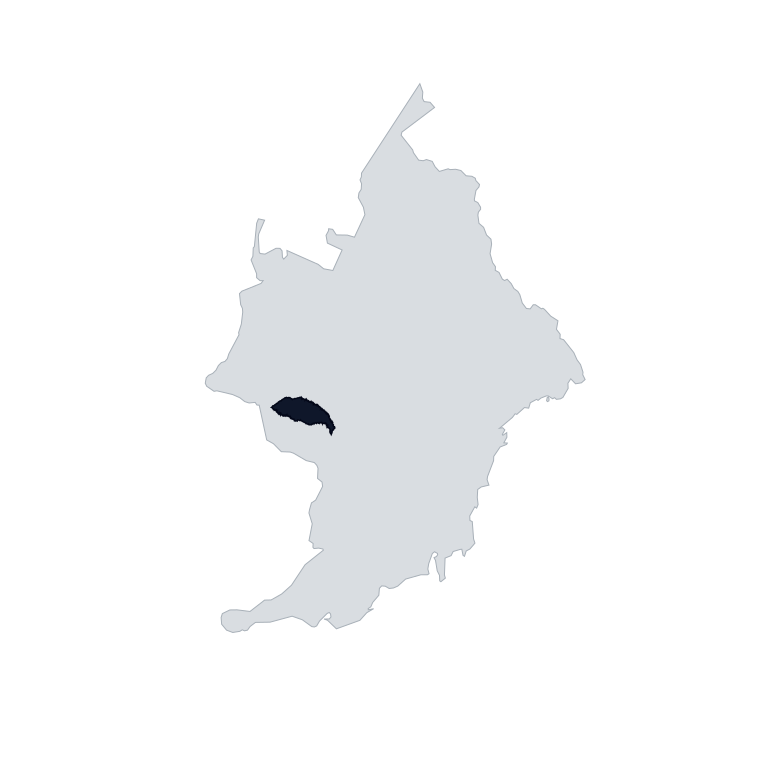 Paz De Ariporo, Casanare, Colombia (highlighted), rotated 204°
{"feature_id": "7082276B32488030547396", "entity_name": "Paz De Ariporo", "entity_type": "district", "adm_level": 2, "iso_a3": "COL", "parent_name": "Colombia", "parent_adm1": "Casanare", "projection": "natural_earth1", "projection_center": [-71.123, 5.772], "detail": "fine", "context": "in_parent", "style": "filled", "palette": "ink", "viewbox_px": 768, "rotation_deg": 204, "n_neighbors": 0, "source": "geoboundaries", "source_scale": "gbopen_adm2", "svg_char_len": 9434}
<svg xmlns="http://www.w3.org/2000/svg" viewBox="0 0 768 768"><g transform="rotate(204 384 384)"><path d="M432.9,114.9L426.4,117.9L413.9,121.7L405.2,138.0L399.3,140.8L392.1,150.5L386.7,162.5L382.6,186.8L371.8,207.5L372.7,208.4L377.0,207.5L381.0,205.2L382.5,205.9L383.9,209.5L388.8,210.4L392.7,227.1L400.1,235.6L400.9,238.9L401.9,245.9L399.2,250.1L398.4,265.4L400.7,269.2L406.3,270.7L410.0,280.2L412.3,282.4L415.7,283.9L423.9,282.4L438.6,284.0L442.0,283.7L450.3,280.4L460.7,284.5L468.4,285.2L489.4,313.9L491.5,313.1L494.2,314.8L499.5,311.8L504.1,311.3L510.1,312.8L518.0,312.8L533.9,309.8L536.3,308.2L545.0,309.8L547.6,312.0L548.9,317.3L547.8,320.6L544.8,324.0L543.1,328.3L542.8,333.5L541.3,337.4L538.5,339.9L537.4,343.5L538.0,348.3L536.5,370.0L537.7,371.8L538.7,380.7L542.3,392.2L544.1,395.5L547.2,398.2L552.8,407.8L551.6,411.0L537.2,425.9L536.5,429.3L539.2,428.0L543.6,429.3L545.2,432.9L555.9,443.3L555.7,447.3L558.8,455.1L558.3,456.8L565.7,479.1L565.9,483.8L559.7,485.1L559.5,470.2L558.6,467.1L551.7,453.9L550.2,452.8L545.5,454.3L537.8,464.1L534.2,465.6L531.3,464.2L528.3,458.4L526.4,457.3L524.6,462.2L527.0,466.5L492.7,466.5L486.0,464.7L476.9,466.9L476.8,489.4L493.0,489.7L497.4,496.2L497.0,501.4L497.7,503.3L493.8,504.4L488.2,500.8L478.1,505.1L470.7,506.1L470.3,530.9L474.7,537.1L483.3,543.8L484.6,548.3L484.0,552.6L486.0,557.9L488.9,560.7L488.9,564.0L490.3,567.5L473.4,672.9L467.3,666.5L465.2,660.7L462.2,658.3L456.5,660.1L450.3,657.2L470.1,621.4L469.5,618.2L453.0,609.5L451.2,607.3L443.4,602.6L439.0,603.9L436.5,606.3L430.5,607.0L425.7,603.2L419.9,600.7L412.9,606.7L410.9,606.7L405.9,609.3L400.6,610.3L393.7,607.6L388.2,609.5L384.3,609.1L382.8,607.2L377.9,605.1L377.4,602.6L378.7,598.2L376.6,589.5L375.8,588.1L372.1,587.9L367.7,584.8L366.8,582.9L367.7,579.4L366.9,576.4L362.6,569.4L356.7,567.6L350.9,561.8L345.2,559.8L342.6,555.6L340.1,546.2L334.1,539.0L329.9,536.5L328.6,533.1L324.3,532.7L318.5,527.9L315.9,527.6L314.1,529.8L308.7,527.5L304.1,524.0L299.4,523.0L296.3,520.9L290.6,514.2L284.6,510.9L281.0,512.1L279.9,517.1L277.9,518.0L270.8,516.7L269.7,517.8L267.8,517.5L259.3,513.8L250.8,512.5L248.7,504.1L243.3,501.1L241.7,497.1L237.9,497.5L223.4,489.9L217.5,484.6L212.4,481.7L207.0,475.7L206.2,473.3L202.1,469.9L204.1,465.4L209.1,462.1L215.5,464.7L216.3,459.5L214.0,454.9L215.1,444.5L216.8,442.2L220.3,440.1L222.6,440.9L224.0,439.1L229.2,439.9L230.8,439.2L234.9,435.0L236.6,431.7L238.4,432.0L242.7,426.4L242.0,420.8L246.1,419.6L250.3,410.3L252.1,410.1L253.1,405.7L260.5,390.5L257.8,392.3L254.9,391.2L255.4,386.1L254.5,385.5L252.1,389.5L250.1,385.4L250.6,379.0L247.3,380.2L247.4,378.7L252.3,373.7L254.3,362.5L252.7,358.5L251.8,341.7L250.9,338.5L247.0,334.3L253.3,329.5L255.5,325.8L252.7,318.4L249.0,312.1L248.9,308.3L251.1,308.7L252.0,298.3L250.0,294.3L247.4,294.2L239.1,278.8L236.2,275.6L238.4,268.2L241.0,264.9L240.4,259.3L242.1,259.6L245.7,264.7L247.1,263.9L252.7,259.1L252.9,254.5L257.4,249.8L251.1,234.1L249.0,231.6L251.6,226.5L253.0,226.8L255.5,231.8L259.4,235.0L265.2,243.8L267.7,245.7L265.9,247.7L265.5,249.8L266.3,251.0L269.6,251.3L270.9,248.8L270.1,238.1L268.7,232.8L265.7,229.0L266.7,227.4L272.6,224.8L284.9,214.6L289.2,205.0L292.4,201.5L296.1,199.3L300.6,199.8L304.0,198.6L305.1,195.5L302.8,188.9L305.5,179.8L305.4,175.1L307.1,172.4L306.5,171.3L302.1,174.5L306.7,168.1L309.9,158.3L327.9,141.0L339.5,145.2L343.2,144.9L338.4,147.1L337.7,149.6L339.3,152.2L341.1,153.0L342.6,151.3L346.5,141.2L347.1,135.6L348.8,133.7L351.3,133.0L362.7,135.4L373.5,134.5L391.2,120.1L404.5,113.9L407.7,108.0L408.6,103.6L411.0,101.8L413.5,101.8L415.1,99.4L421.1,95.5L427.7,95.1L434.6,98.5L437.8,104.4L438.3,108.5L432.9,114.9ZM229.4,438.1L228.6,438.8L227.1,437.5L226.5,435.7L227.5,434.4L228.7,434.9L229.4,438.1Z" fill="#d9dde1" stroke="#a8b0b8" stroke-width="1"/><path d="M475.5,316.3L475.2,316.4L474.9,316.1L475.0,316.0L474.9,316.1L474.9,316.3L474.8,316.1L474.5,316.3L474.1,315.9L474.1,316.2L473.9,316.2L473.8,316.3L473.9,316.1L473.6,316.2L473.4,315.9L473.1,316.0L473.0,315.7L472.8,315.7L472.6,316.1L472.3,316.0L472.1,316.3L472.0,316.1L471.8,316.3L471.8,316.0L471.5,315.5L471.1,315.6L470.9,315.2L470.7,315.5L470.7,315.2L470.4,315.2L470.2,314.8L469.8,314.7L469.9,315.0L469.7,315.0L469.3,314.7L469.5,314.5L469.1,314.3L468.9,314.2L468.9,314.5L468.8,314.3L468.6,314.5L468.5,314.3L468.5,314.6L468.4,314.7L468.5,314.5L468.3,314.4L468.2,314.8L468.1,314.6L467.8,314.8L467.9,314.6L467.7,314.6L467.8,314.5L467.5,314.2L467.3,314.3L467.3,314.1L467.1,314.3L466.9,314.1L466.8,314.4L466.7,314.2L466.3,314.4L466.4,314.1L466.2,314.1L466.2,314.3L466.0,314.0L466.0,314.3L465.8,314.1L465.7,314.5L465.1,314.6L464.4,314.5L464.4,314.3L464.0,314.5L463.8,314.2L463.5,314.6L463.3,314.6L463.2,314.2L463.1,314.3L462.9,314.2L463.1,314.1L462.5,313.9L462.2,314.2L462.2,314.7L461.6,314.6L461.8,315.0L461.4,315.0L461.2,315.1L461.2,315.4L460.6,315.2L460.7,315.7L460.6,315.8L460.3,315.7L460.3,315.9L460.1,315.9L460.1,316.1L459.9,315.8L459.4,316.0L459.4,315.7L459.0,315.5L458.8,315.8L457.7,315.6L457.6,315.9L457.3,315.9L457.2,315.7L457.0,315.8L456.9,315.7L456.7,315.8L456.4,315.7L456.3,316.0L455.9,315.4L455.6,315.4L455.7,315.1L455.4,315.1L455.5,314.9L455.1,314.7L455.0,314.9L455.0,314.6L454.7,314.5L454.3,314.6L454.2,314.9L453.8,314.8L453.5,315.0L453.0,315.0L452.9,314.8L451.8,315.2L451.1,314.1L450.9,314.2L450.6,314.0L450.4,314.0L450.1,314.0L449.8,314.6L449.1,314.6L448.6,315.2L448.4,315.1L448.4,315.4L448.2,315.3L448.2,315.9L448.1,316.2L447.8,316.4L447.7,316.4L446.1,316.3L445.8,316.5L445.7,316.9L445.4,316.9L445.4,317.1L445.0,316.8L444.6,316.9L443.2,316.6L442.7,316.8L441.3,316.5L440.4,316.7L439.9,316.5L439.6,316.6L439.3,316.2L439.1,316.4L438.4,316.2L437.9,316.4L436.9,316.3L436.8,316.5L436.7,316.3L436.1,316.3L436.1,316.6L435.5,316.5L434.7,316.9L433.9,317.1L433.8,317.4L433.6,317.4L433.3,317.8L433.2,318.1L433.4,318.2L433.0,318.7L432.9,318.7L432.9,319.0L432.2,319.1L432.1,319.4L432.2,319.6L431.9,319.8L431.6,319.4L431.5,319.9L431.3,320.0L430.9,320.3L430.7,320.8L430.2,320.7L430.3,321.0L429.9,321.1L429.6,321.2L429.4,321.0L429.3,321.5L428.6,321.9L428.0,321.9L427.8,321.6L427.4,321.7L427.4,321.9L427.1,321.7L427.0,322.1L427.1,322.3L427.1,322.6L426.6,322.9L426.3,322.7L425.5,323.0L425.5,323.3L425.2,323.2L425.0,322.9L425.2,323.2L424.7,323.3L424.3,322.9L424.4,323.3L424.1,323.2L424.3,323.4L423.4,323.4L422.8,323.7L422.5,323.5L422.3,323.8L422.4,324.1L422.3,324.3L421.8,324.2L421.9,324.5L421.7,324.7L421.8,324.5L421.4,324.6L421.3,324.4L421.3,324.6L421.0,324.5L421.0,324.3L421.4,324.2L420.9,323.8L420.5,323.8L420.6,324.0L420.3,324.1L420.0,323.2L419.7,323.3L419.8,323.1L419.3,322.7L419.0,322.9L419.1,322.5L418.6,322.6L418.6,322.4L418.9,322.1L418.7,322.2L418.5,321.9L418.5,322.2L418.4,321.7L418.2,321.9L417.9,321.6L417.2,321.7L414.9,320.7L414.7,320.4L414.6,319.8L414.1,319.4L414.2,318.8L413.7,317.9L413.3,317.5L413.1,317.5L412.9,317.2L412.1,316.9L411.7,316.5L411.7,317.8L411.9,318.0L411.8,318.7L412.2,319.8L412.2,320.4L412.0,321.4L411.7,321.3L411.5,321.8L411.6,323.2L411.2,323.4L411.0,323.8L411.9,324.9L412.8,324.8L413.4,325.1L413.7,326.2L414.9,326.8L415.1,327.4L415.3,327.5L415.3,327.9L415.7,327.8L415.9,328.3L416.0,328.3L416.0,328.1L416.1,328.3L416.2,328.1L416.3,328.3L416.5,328.1L416.7,328.4L416.8,328.2L416.9,328.4L417.4,328.3L418.0,329.0L417.9,329.3L418.2,329.7L418.5,329.8L418.8,329.4L419.1,329.6L419.1,330.0L419.4,330.5L420.6,330.9L420.8,331.9L421.3,331.8L421.5,333.0L422.2,333.1L422.7,333.7L423.1,333.4L423.2,333.5L423.1,333.2L423.5,333.1L423.8,333.5L424.3,333.6L424.1,334.0L424.4,334.0L424.5,334.2L424.8,333.8L425.0,334.2L425.3,334.4L425.6,334.2L425.7,334.4L425.8,334.2L426.3,334.4L426.6,334.8L426.9,334.8L427.0,335.1L427.3,335.0L427.8,335.1L428.1,335.7L428.5,335.6L428.4,335.5L428.5,335.4L428.6,335.6L429.3,335.4L429.2,335.6L429.9,335.9L430.0,335.6L430.2,335.8L430.3,335.5L430.5,335.7L430.5,335.4L431.2,335.9L431.1,336.1L431.5,335.6L431.5,335.9L431.5,336.1L431.5,335.9L431.8,336.0L432.2,336.5L432.5,336.4L432.6,336.8L432.9,336.9L432.8,337.0L433.1,336.8L433.6,337.1L434.2,336.7L434.6,337.1L434.8,337.0L435.0,337.4L435.4,337.6L435.3,337.4L435.5,337.3L435.7,337.6L435.9,337.6L436.1,337.3L436.2,337.7L436.7,337.5L437.0,337.7L437.5,337.2L437.8,337.5L437.9,337.1L439.2,337.2L439.5,336.6L439.9,337.0L440.0,336.9L440.0,337.1L440.2,336.9L440.1,337.1L440.6,337.1L440.8,337.8L441.0,337.7L441.1,338.1L441.4,338.2L441.5,338.0L441.5,338.3L441.9,338.4L442.4,338.0L442.8,338.1L442.8,337.8L443.0,337.9L443.2,337.5L443.4,337.7L443.5,337.5L443.8,337.5L443.9,337.9L444.1,337.5L444.4,337.6L444.6,338.0L444.6,337.3L444.8,337.2L445.1,337.4L445.3,337.3L445.5,337.7L445.9,337.6L446.2,337.9L446.5,337.4L447.1,337.5L447.9,337.8L448.1,338.2L448.3,338.1L448.5,338.3L448.5,338.0L448.8,338.2L448.6,337.9L448.9,338.0L449.2,337.8L449.3,337.9L449.4,337.5L449.5,337.8L449.8,337.8L449.8,337.5L450.5,337.3L451.1,337.6L451.5,337.4L451.7,337.6L452.1,337.3L452.3,337.4L452.4,337.0L452.9,336.9L453.1,337.2L453.4,336.9L453.6,337.1L453.4,337.9L453.6,338.1L453.8,338.1L453.7,337.7L453.9,337.9L453.9,337.7L454.0,337.8L454.0,338.0L455.3,337.8L455.5,337.3L456.4,336.5L457.0,336.4L457.4,335.7L458.3,335.2L459.0,334.5L459.7,334.4L460.0,333.8L460.8,333.4L461.5,332.5L462.2,333.0L463.4,332.9L464.4,333.3L465.9,332.7L466.5,332.0L467.7,332.1L468.7,331.0L468.9,331.0L469.6,329.6L470.8,328.2L471.0,327.0L472.0,326.3L472.9,324.9L473.3,324.1L473.3,323.0L474.3,322.5L474.6,321.3L475.2,320.7L475.8,319.3L476.7,318.8L477.0,317.1L477.2,316.8L476.2,316.8L475.5,316.3Z" fill="#0f172a" stroke="#020617" stroke-width="1.5"/></g></svg>